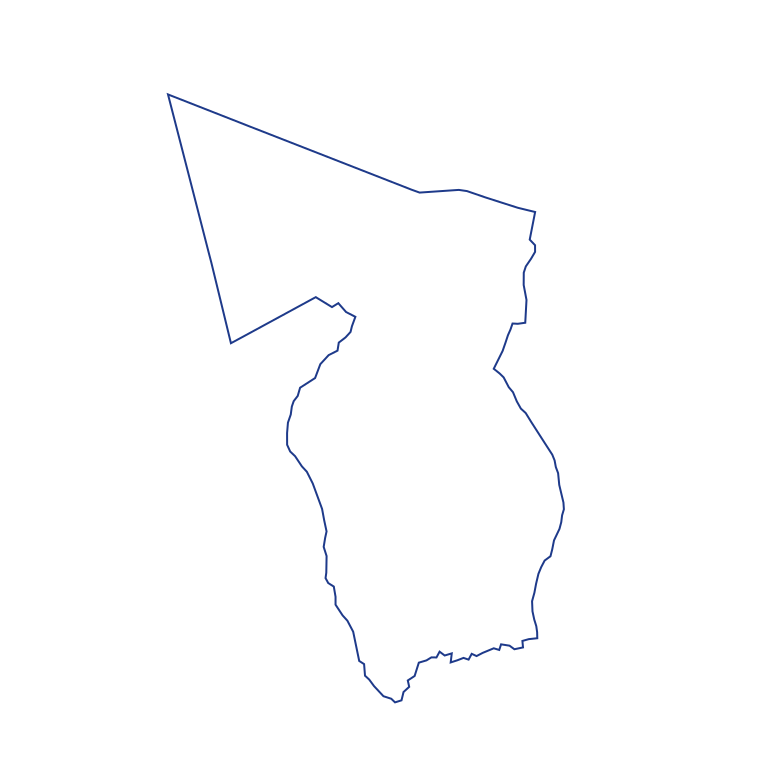 outline of São Francisco do Pará, Pará, Brazil, rotated 172°
{"feature_id": "56859067B25031377074866", "entity_name": "São Francisco do Pará", "entity_type": "district", "adm_level": 2, "iso_a3": "BRA", "parent_name": "Brazil", "parent_adm1": "Pará", "projection": "robinson", "projection_center": [-47.76, -1.208], "detail": "fine", "context": "isolated", "style": "outline", "palette": "blue", "viewbox_px": 768, "rotation_deg": 172, "n_neighbors": 0, "source": "geoboundaries", "source_scale": "gbopen_adm2", "svg_char_len": 1869}
<svg xmlns="http://www.w3.org/2000/svg" viewBox="0 0 768 768"><g transform="rotate(172 384 384)"><path d="M557.6,700.8L547.5,611.6L539.4,539.4L538.1,528.3L533.6,483.1L529.9,445.7L517.2,450.4L439.5,479.5L424.8,467.4L418.0,470.4L411.5,460.5L403.0,454.5L407.7,445.7L409.9,440.2L415.6,435.5L423.0,431.3L425.4,423.5L434.8,420.3L444.3,412.5L451.4,399.5L467.6,392.0L471.1,384.2L475.8,379.6L478.4,374.5L480.6,366.7L484.5,359.1L486.8,348.9L488.4,337.3L486.3,330.2L482.1,324.9L476.8,313.9L472.6,307.8L468.4,295.4L462.7,268.9L462.2,257.3L461.4,246.0L463.7,239.8L466.4,231.1L464.8,221.6L467.4,205.2L468.9,199.9L466.9,194.6L461.9,190.4L461.6,180.0L462.7,172.2L457.2,160.6L453.2,154.7L449.0,143.0L447.1,113.2L442.7,109.4L443.4,97.8L439.8,93.4L435.9,86.2L428.0,74.9L420.6,71.3L417.4,67.2L410.7,68.3L407.5,76.3L401.2,80.6L401.7,87.1L394.3,90.6L388.3,103.2L380.4,104.4L375.1,106.7L370.1,105.9L366.2,111.2L361.7,106.7L354.4,107.8L356.7,99.0L349.8,100.2L343.4,101.7L338.6,99.3L334.7,104.6L330.2,101.7L323.7,104.0L312.1,107.0L306.9,104.6L304.3,109.9L296.1,107.4L291.8,103.2L283.0,103.8L282.7,110.3L276.1,111.2L267.6,110.9L266.9,116.9L266.9,123.0L268.0,129.9L268.6,138.2L267.6,148.3L264.1,156.4L261.2,165.0L257.5,174.5L253.8,180.8L249.5,186.8L243.1,190.3L240.4,196.9L237.4,205.5L230.4,216.1L227.7,222.5L225.9,229.2L223.3,234.9L222.8,241.7L224.5,259.7L224.0,271.5L225.4,277.8L225.7,284.6L227.2,290.6L233.0,303.1L243.5,325.9L247.7,335.5L251.9,340.6L254.9,348.3L257.4,357.9L260.9,363.5L264.6,373.9L268.0,378.3L273.2,383.8L261.9,400.3L257.9,408.1L254.5,415.0L251.2,420.3L248.3,426.0L243.1,425.0L235.6,425.0L231.2,447.4L231.9,462.6L230.1,474.8L227.2,480.7L221.0,487.5L216.0,493.8L215.1,500.4L219.6,506.7L210.4,533.3L218.0,536.3L227.0,539.9L243.0,547.6L257.9,554.8L275.0,563.5L282.9,565.8L322.1,568.6L329.7,572.6L480.8,657.5L557.6,700.8Z" fill="none" stroke="#1e3a8a" stroke-width="2"/></g></svg>